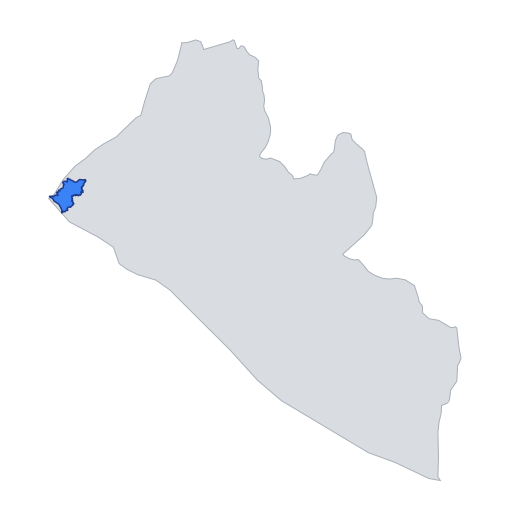 location of Tewor, Grand Cape Mount, Liberia, rotated 3°
{"feature_id": "62588387B21593373041420", "entity_name": "Tewor", "entity_type": "district", "adm_level": 2, "iso_a3": "LBR", "parent_name": "Liberia", "parent_adm1": "Grand Cape Mount", "projection": "orthographic", "projection_center": [-11.287, 6.943], "detail": "fine", "context": "in_parent", "style": "filled", "palette": "blue", "viewbox_px": 512, "rotation_deg": 3, "n_neighbors": 0, "source": "geoboundaries", "source_scale": "gbopen_adm2", "svg_char_len": 5323}
<svg xmlns="http://www.w3.org/2000/svg" viewBox="0 0 512 512"><g transform="rotate(3 256 256)"><path d="M45.9,209.4L51.4,204.8L59.3,190.0L70.4,175.9L80.8,167.4L89.0,158.8L97.7,152.2L110.2,144.4L129.2,124.0L133.6,121.6L136.7,107.5L141.4,89.6L146.9,84.0L159.8,80.7L162.8,77.5L167.4,64.9L170.3,50.1L170.6,47.0L175.7,46.6L184.4,43.4L189.4,44.8L191.7,49.0L192.8,52.6L219.2,43.3L221.5,41.4L222.9,41.7L226.3,50.0L228.2,49.5L229.8,47.1L231.5,46.9L233.6,48.0L235.7,51.8L239.0,55.3L244.8,57.7L248.4,61.0L248.1,69.9L249.5,78.5L252.0,80.5L253.3,85.6L254.0,91.2L255.4,94.2L256.4,99.9L255.9,106.0L257.0,110.3L261.2,117.7L263.9,127.0L263.9,133.6L262.4,140.6L259.7,147.0L254.8,153.9L254.4,156.7L257.3,158.4L261.7,158.8L265.4,157.4L274.8,160.5L279.7,165.0L284.1,170.7L288.0,173.5L289.8,177.1L296.4,176.1L304.1,172.6L305.7,171.0L308.0,171.8L313.0,172.1L316.4,165.9L319.2,158.8L325.1,151.1L328.1,148.1L328.8,143.2L329.1,136.8L331.2,131.3L336.1,128.2L341.5,128.3L344.4,129.4L345.9,134.7L350.2,138.7L353.9,141.5L355.8,142.7L358.9,145.8L361.9,156.5L373.5,191.2L373.0,200.8L370.8,207.1L370.8,213.2L370.0,219.3L363.1,229.2L342.6,249.6L344.2,251.4L349.1,253.7L354.1,254.8L358.3,254.2L363.5,259.2L369.1,265.6L375.0,268.8L383.5,271.7L390.9,272.0L397.3,270.8L406.2,272.0L415.7,277.2L419.1,285.9L421.5,293.5L424.8,297.3L425.3,303.9L432.1,309.6L441.7,310.7L454.2,317.3L457.4,316.9L458.7,316.1L460.3,317.4L463.5,336.9L466.1,347.2L464.8,351.4L463.1,354.7L463.1,370.5L457.5,379.6L456.7,389.5L455.1,392.7L449.1,395.6L449.1,403.3L447.5,412.5L446.9,422.3L448.8,447.9L449.2,467.0L451.9,470.6L440.1,469.1L405.5,454.8L378.7,446.6L289.2,399.3L264.3,380.3L235.6,351.8L171.8,294.5L157.3,285.3L139.0,280.9L127.7,276.0L119.7,270.7L113.2,254.8L97.3,245.3L68.0,231.8L45.9,209.4Z" fill="#d9dde1" stroke="#a8b0b8" stroke-width="1"/><path d="M70.5,214.5L70.5,214.4L70.4,214.3L70.9,213.4L71.2,213.5L71.3,213.3L70.8,212.8L70.8,212.6L70.7,212.3L70.4,212.3L70.2,212.3L70.1,212.0L70.1,211.7L69.9,211.4L69.6,210.9L69.8,210.8L69.9,210.7L69.7,210.6L69.4,210.6L69.7,209.9L69.2,209.6L69.4,209.3L69.6,209.2L69.7,208.5L69.7,208.2L69.0,207.7L69.2,207.2L69.1,206.9L69.1,206.6L69.4,206.1L69.6,206.0L69.5,205.8L69.2,205.8L69.0,206.0L68.9,205.9L69.0,205.5L69.4,205.4L69.7,205.4L69.9,205.5L70.2,205.5L70.4,205.3L70.7,205.3L70.7,205.1L70.8,204.8L71.0,204.5L71.5,204.5L71.9,204.6L72.2,204.8L72.5,205.1L72.8,204.9L72.7,204.7L72.6,204.4L72.8,204.3L73.0,204.5L73.4,204.7L73.8,204.7L73.9,204.1L74.3,204.3L74.7,204.5L74.9,204.8L75.1,204.9L75.3,204.9L75.3,204.7L75.6,204.8L75.8,205.0L76.1,204.7L76.3,204.3L76.4,204.2L76.7,204.3L76.9,204.3L77.2,204.0L77.5,204.2L78.2,203.0L78.4,202.8L78.3,202.6L78.3,202.3L78.4,202.1L78.2,201.8L78.0,201.5L77.8,201.3L78.0,201.1L78.4,201.0L79.1,201.2L79.4,201.4L79.7,201.4L79.8,201.4L79.8,201.2L79.6,200.9L79.3,200.8L79.3,200.5L79.5,200.3L79.3,200.3L79.0,200.1L79.0,199.9L79.4,199.8L79.3,199.4L79.1,199.0L78.9,198.8L78.7,198.6L78.3,198.6L78.2,198.5L78.3,198.1L78.6,197.8L78.7,197.5L78.6,197.3L78.5,197.1L78.3,197.1L78.2,197.1L78.0,196.5L78.2,196.3L78.6,196.4L78.9,196.2L79.1,195.9L79.3,195.6L79.1,195.3L79.3,195.1L79.6,194.9L79.6,194.7L80.0,194.6L80.1,194.4L80.2,193.9L80.2,193.7L80.3,193.5L80.2,193.4L80.0,193.1L80.3,192.7L80.5,192.5L80.5,192.3L80.6,192.0L80.7,191.8L80.9,191.5L81.3,191.3L81.5,191.1L81.4,191.0L81.3,190.6L81.6,190.5L81.8,190.2L82.1,189.9L81.9,189.7L81.7,189.5L81.7,189.3L81.7,188.9L81.6,188.7L81.4,188.7L81.2,188.8L80.9,188.9L80.5,188.9L80.0,188.9L79.6,189.0L79.2,189.1L77.9,189.0L77.2,188.9L76.6,188.9L76.1,188.9L75.8,188.9L75.3,189.2L75.1,189.6L74.6,190.0L74.2,190.3L73.6,190.9L73.2,191.3L73.0,191.5L72.6,191.7L72.2,191.7L71.6,191.8L71.4,191.7L70.9,191.7L70.6,191.6L70.5,191.3L70.3,191.1L70.0,191.0L69.7,190.9L69.1,190.5L68.7,190.3L68.1,190.2L67.1,189.9L66.6,189.7L66.4,189.4L66.2,189.1L65.9,189.1L65.3,189.0L64.7,188.9L64.3,188.8L64.2,188.6L64.1,188.4L63.9,188.5L63.7,188.5L63.4,188.9L63.6,189.3L63.7,189.8L63.6,190.2L63.5,190.5L63.6,190.9L63.7,191.4L63.7,191.8L63.4,191.8L62.7,191.6L62.1,191.4L61.8,191.5L61.3,191.4L60.8,191.4L60.2,191.5L59.8,191.8L59.3,192.4L59.2,192.9L59.6,193.5L59.9,193.8L60.1,194.0L60.6,194.5L60.1,194.9L60.0,195.0L60.0,195.8L59.9,196.4L59.9,197.1L59.9,197.6L59.8,197.8L59.6,198.2L59.4,198.4L59.2,198.6L58.5,198.7L58.4,198.7L57.9,198.9L57.3,199.5L57.1,199.9L57.0,200.6L56.8,201.1L56.4,200.9L55.7,200.6L55.3,201.3L55.3,201.8L55.3,202.4L55.1,202.7L54.5,202.7L53.9,202.6L53.7,202.6L53.5,203.2L53.9,203.7L54.0,203.7L54.4,204.2L54.7,204.8L54.8,205.4L54.9,205.8L54.6,205.9L54.0,205.6L53.2,205.6L52.3,205.9L51.6,206.2L51.3,206.5L51.0,207.1L50.8,207.4L50.0,207.1L49.5,207.1L48.2,207.1L47.6,207.1L47.0,207.1L46.7,207.3L46.9,207.7L48.4,208.6L49.0,208.8L50.0,209.6L50.6,210.1L51.1,211.1L51.2,211.5L51.9,211.9L52.6,212.3L53.4,212.8L54.2,213.3L55.9,214.3L56.0,214.4L56.7,215.1L57.6,216.4L58.2,217.5L58.6,218.2L58.9,218.7L59.6,220.1L59.8,220.6L59.7,221.2L59.7,221.7L59.7,222.7L59.8,223.0L60.2,222.9L60.6,222.8L60.9,222.4L60.9,222.0L61.1,221.6L61.9,221.6L62.5,221.8L63.1,221.7L63.4,221.1L63.5,221.0L63.7,220.6L64.5,220.3L64.8,220.4L65.1,220.4L65.3,220.4L65.5,220.2L65.5,219.5L65.4,218.9L64.8,218.5L64.9,218.3L65.3,217.8L65.7,217.2L66.2,217.0L66.6,216.8L67.1,216.9L67.8,217.0L68.2,217.0L68.6,216.6L68.8,216.0L69.0,215.9L69.4,215.6L70.0,215.2L70.2,214.8L70.4,214.5L70.5,214.5Z" fill="#3b82f6" stroke="#1e3a8a" stroke-width="1.5"/></g></svg>